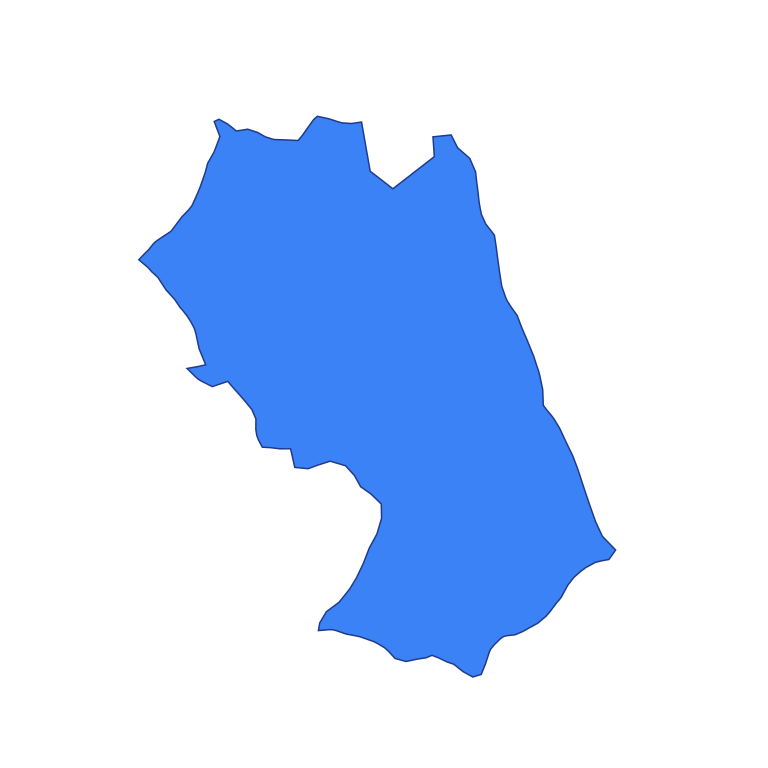 outline of Kitutu Chache South, Nyanza, Kenya, rotated 198°
{"feature_id": "3690345B32421349480810", "entity_name": "Kitutu Chache South", "entity_type": "district", "adm_level": 2, "iso_a3": "KEN", "parent_name": "Kenya", "parent_adm1": "Nyanza", "projection": "mercator", "projection_center": [34.755, -0.617], "detail": "fine", "context": "isolated", "style": "filled", "palette": "blue", "viewbox_px": 768, "rotation_deg": 198, "n_neighbors": 0, "source": "geoboundaries", "source_scale": "gbopen_adm2", "svg_char_len": 2367}
<svg xmlns="http://www.w3.org/2000/svg" viewBox="0 0 768 768"><g transform="rotate(198 384 384)"><path d="M387.0,631.4L397.1,641.6L413.8,634.2L406.4,615.8L435.9,572.4L462.9,582.1L486.3,626.2L495.4,621.7L504.9,619.3L510.6,619.2L518.6,619.2L530.1,618.0L532.5,614.0L535.9,603.6L538.4,595.3L541.0,589.0L552.4,585.9L564.2,582.5L573.4,582.4L578.1,583.4L581.9,584.2L592.4,584.2L602.5,579.0L612.9,582.9L622.7,584.8L626.6,581.2L616.5,568.6L617.3,552.1L619.9,539.5L619.4,530.2L619.6,518.8L619.8,513.3L620.2,508.3L621.7,494.4L623.5,489.5L627.9,480.4L632.1,468.2L633.7,463.5L642.5,452.5L645.2,448.8L646.9,445.6L649.3,439.0L651.6,434.7L655.6,426.4L644.6,421.9L639.6,419.0L632.0,415.5L620.3,406.1L609.3,399.8L601.3,393.6L598.3,391.9L592.1,387.7L586.4,383.0L581.4,378.1L578.3,373.5L570.9,360.6L559.5,347.1L566.7,342.9L576.1,337.9L565.7,332.7L562.0,331.1L557.4,330.1L546.5,328.5L533.4,338.2L524.8,333.0L512.9,326.0L501.7,318.8L495.0,311.2L491.9,301.3L489.0,295.6L486.2,292.1L480.2,286.3L472.2,288.4L463.4,290.1L452.8,293.5L443.1,277.1L430.0,280.0L422.0,286.3L411.5,293.9L395.4,294.4L383.8,287.8L374.5,279.1L362.5,275.4L349.5,269.0L344.8,255.5L344.4,239.1L347.3,223.5L348.2,207.0L350.3,191.0L353.2,178.8L359.2,162.7L368.4,149.7L371.3,136.9L370.2,129.2L366.4,130.8L359.8,133.6L356.6,134.5L353.2,134.7L342.7,134.5L332.1,135.9L328.4,136.2L323.7,136.1L314.7,135.9L309.4,135.1L301.8,133.3L297.3,131.3L288.7,126.4L277.3,126.9L267.4,132.6L259.4,136.6L254.5,140.8L247.4,140.4L238.5,139.2L231.0,139.0L219.9,134.9L209.0,132.8L206.0,134.9L201.8,137.8L201.0,148.8L201.0,161.5L200.6,164.8L198.6,170.0L194.4,178.0L192.1,180.9L189.4,182.6L182.0,185.9L176.3,190.8L174.0,193.1L171.4,196.0L163.8,204.1L158.1,213.3L155.9,218.4L154.8,221.7L152.2,229.3L150.8,232.4L149.5,236.2L147.0,249.6L143.6,258.9L139.0,266.7L135.5,271.6L128.0,279.6L122.0,283.3L115.9,286.6L112.4,297.7L129.2,306.6L140.2,318.4L151.1,332.7L157.5,341.2L162.5,348.0L165.5,352.1L172.6,361.9L182.0,373.7L192.1,384.2L203.5,396.4L211.7,403.4L214.9,405.7L220.7,409.3L225.9,412.9L231.3,427.7L238.7,440.6L240.7,443.7L245.2,449.7L249.9,456.3L261.3,469.8L270.6,480.4L278.5,490.3L286.5,496.2L292.3,500.9L295.1,504.0L302.2,513.3L309.0,526.8L314.9,539.0L319.5,548.7L325.0,559.7L336.8,567.7L344.0,575.7L348.9,584.7L351.1,589.3L353.3,594.3L357.9,604.0L362.5,614.1L372.2,625.1L387.0,631.4Z" fill="#3b82f6" stroke="#1e3a8a" stroke-width="1.5"/></g></svg>